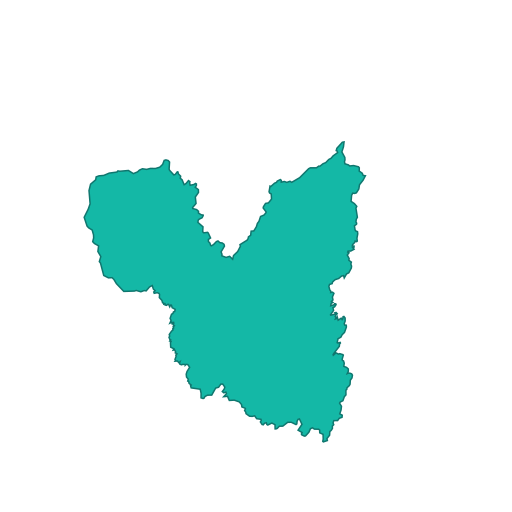 'Maoa-Mafubelu, Leribe, Lesotho (Equal Earth projection), rotated 220°
{"feature_id": "5366337B41194073686106", "entity_name": "'Maoa-Mafubelu", "entity_type": "district", "adm_level": 2, "iso_a3": "LSO", "parent_name": "Lesotho", "parent_adm1": "Leribe", "projection": "equal_earth", "projection_center": [28.202, -28.958], "detail": "fine", "context": "isolated", "style": "filled", "palette": "teal", "viewbox_px": 512, "rotation_deg": 220, "n_neighbors": 0, "source": "geoboundaries", "source_scale": "gbopen_adm2", "svg_char_len": 6142}
<svg xmlns="http://www.w3.org/2000/svg" viewBox="0 0 512 512"><g transform="rotate(220 256 256)"><path d="M429.3,213.9L427.8,211.3L428.9,204.7L426.0,198.8L416.6,189.3L414.6,183.9L412.5,175.2L404.6,170.3L402.2,170.0L398.2,170.6L394.0,167.7L392.0,165.5L390.3,162.0L387.8,161.7L383.1,162.6L380.0,157.8L374.5,155.8L372.4,151.0L370.7,150.7L360.1,143.2L355.0,144.4L352.3,146.9L349.8,146.7L345.2,145.1L334.5,143.9L326.6,151.0L325.6,152.6L321.2,154.6L319.5,157.6L317.7,158.7L317.7,163.8L316.5,166.7L313.4,164.7L311.0,164.6L311.2,162.7L310.0,162.0L308.1,164.4L306.1,165.0L305.1,164.5L303.3,162.0L299.5,161.5L297.5,160.1L296.4,160.5L295.7,159.8L295.0,160.9L294.2,160.0L292.8,160.7L292.5,162.3L291.9,162.8L289.4,161.6L289.9,163.5L289.2,164.0L287.0,162.5L283.6,163.2L282.6,161.2L283.3,160.1L282.7,158.5L283.3,157.1L281.7,153.0L279.6,152.0L278.8,149.2L278.0,151.0L276.9,150.3L276.8,151.9L276.4,152.2L275.6,151.4L275.3,150.1L273.7,150.1L274.0,148.5L272.8,147.9L273.0,146.8L272.1,146.0L272.4,144.1L272.0,140.1L270.6,139.1L270.4,137.8L268.4,136.7L267.6,136.9L267.4,135.4L266.2,136.0L265.8,134.6L262.7,131.3L259.2,132.2L258.9,130.7L258.1,131.8L255.9,130.9L255.6,129.9L253.6,130.3L253.7,128.5L252.8,128.0L251.6,124.7L250.5,124.3L250.4,123.4L248.7,125.0L246.5,124.7L246.2,126.0L245.7,124.6L244.7,124.2L243.1,124.8L242.4,126.0L240.4,127.4L240.0,126.9L239.9,128.1L238.4,129.0L235.3,128.1L234.6,123.2L233.5,120.6L231.4,118.6L228.7,118.1L227.9,116.3L226.9,116.6L225.4,115.4L222.7,115.5L222.8,114.6L220.9,113.3L213.1,118.1L209.9,115.6L206.9,112.0L204.9,112.8L204.4,113.8L204.8,115.5L203.7,118.2L200.5,121.0L202.0,128.9L200.3,131.4L200.6,135.3L199.1,136.5L195.6,135.5L194.8,133.5L194.7,130.5L192.7,130.5L191.6,132.4L190.1,131.6L190.3,127.5L187.6,130.2L183.6,128.2L180.0,131.6L175.0,133.5L171.6,132.9L169.8,131.3L166.5,132.4L165.9,132.2L165.4,130.3L163.4,129.8L162.3,128.8L158.0,129.1L155.8,130.7L154.3,132.7L150.9,131.8L147.2,134.1L146.3,133.5L146.0,131.7L143.0,130.8L141.9,131.4L142.0,133.3L140.9,134.9L139.4,133.9L138.3,134.1L136.5,138.2L133.0,139.0L130.2,135.8L129.6,136.3L128.9,137.6L128.7,140.6L126.1,142.9L124.8,149.0L122.1,151.3L117.0,152.6L116.8,153.6L118.3,155.8L118.8,157.9L118.0,159.1L112.6,156.6L111.8,149.6L107.2,150.4L106.8,148.8L106.0,148.4L103.2,149.1L102.4,150.0L102.2,155.0L103.3,158.7L102.3,160.7L100.0,160.9L96.6,163.6L95.4,163.6L93.5,161.5L90.0,162.5L86.8,158.9L85.7,156.9L84.9,156.9L82.7,160.5L84.3,161.7L84.4,166.0L86.6,169.0L86.3,170.7L86.6,173.0L88.2,174.8L88.0,176.7L89.7,177.7L90.6,179.9L87.7,182.4L87.9,185.2L86.4,187.7L87.6,189.5L90.4,188.9L91.8,192.6L93.9,195.8L97.4,197.0L97.6,198.2L96.4,201.0L97.9,205.0L97.8,207.4L100.9,211.0L100.7,212.1L101.6,213.6L101.2,216.7L101.5,218.2L103.9,221.5L104.1,224.3L105.5,226.7L106.9,227.2L108.3,226.8L109.9,225.8L110.5,224.6L111.2,227.1L112.7,228.8L115.0,228.9L117.8,227.9L119.5,230.6L121.5,231.9L122.7,231.6L123.6,232.2L125.4,236.2L126.1,236.3L129.1,235.0L129.7,233.9L132.5,233.2L133.0,229.7L133.6,230.1L133.8,231.9L134.1,240.3L135.4,242.3L135.4,243.6L136.0,243.9L137.3,242.0L138.1,241.8L140.0,245.3L138.8,248.4L139.4,251.0L139.1,254.4L141.0,259.5L141.8,260.5L142.5,261.0L143.4,260.1L144.9,260.8L145.9,263.5L147.9,265.8L149.8,266.2L150.3,265.5L149.1,263.5L149.1,262.6L150.8,263.1L151.8,259.6L154.7,261.6L154.2,259.7L154.7,258.8L155.2,260.4L156.4,260.5L156.9,262.5L156.7,264.0L158.4,264.2L159.1,263.2L158.2,263.1L158.0,262.4L160.7,258.7L161.1,258.8L161.6,264.2L163.9,265.9L163.1,267.5L163.4,270.2L164.1,270.6L165.1,270.0L164.9,268.7L166.8,265.9L168.0,268.1L167.2,269.8L169.0,269.7L168.8,271.8L171.1,273.7L172.3,277.5L174.1,277.5L175.3,276.0L176.0,277.1L177.6,277.4L180.7,279.6L181.4,281.5L179.9,283.8L180.6,285.0L180.4,287.4L180.1,288.9L178.2,291.9L177.6,295.5L176.3,297.3L174.3,295.9L175.1,300.4L174.1,302.8L175.2,308.0L176.3,309.7L178.2,310.8L179.0,312.6L182.1,312.4L183.0,313.9L186.7,315.4L186.8,318.2L188.2,317.9L188.6,318.9L186.6,320.7L185.2,324.2L187.3,324.6L186.5,325.5L187.2,326.6L188.7,325.6L189.3,326.8L189.1,329.9L189.7,331.1L188.1,331.7L188.0,332.5L190.1,334.5L192.3,338.4L193.9,339.9L195.8,339.3L196.9,339.7L200.0,342.4L199.4,344.9L200.0,345.9L201.3,346.3L202.8,348.6L203.2,350.8L210.2,356.9L210.7,358.8L214.2,359.4L218.3,359.0L221.8,364.0L222.3,366.3L220.7,367.3L219.7,368.9L220.3,373.4L222.5,377.1L222.7,382.9L223.8,387.8L225.7,386.6L227.8,387.7L231.5,387.4L233.6,390.0L234.9,390.2L239.4,388.0L242.1,385.2L243.8,385.2L247.2,383.8L248.9,385.2L249.6,386.8L251.3,388.6L257.1,390.9L259.2,395.9L261.9,400.0L263.0,398.6L263.3,390.5L262.3,388.3L261.3,388.6L259.9,387.7L261.3,382.3L261.3,379.2L262.3,376.7L262.6,372.4L264.0,369.7L264.7,366.0L265.7,365.2L266.4,362.4L271.1,358.4L271.8,356.7L272.9,344.1L276.0,335.4L278.0,335.1L279.7,332.2L282.2,331.3L284.1,328.8L285.2,330.2L286.5,330.2L287.9,327.0L287.6,325.6L288.6,323.7L289.3,318.8L290.2,318.6L287.3,313.6L286.1,313.0L284.2,313.3L280.7,309.6L280.6,304.7L282.5,302.4L282.0,298.6L281.4,297.4L276.7,296.3L276.2,295.6L276.2,292.5L277.9,289.2L276.0,284.4L275.9,281.9L274.5,278.6L273.8,273.8L275.7,271.9L273.4,268.4L274.1,265.8L273.2,264.2L273.0,262.4L275.6,254.4L274.2,253.4L272.9,247.6L273.5,241.9L271.8,238.5L276.0,238.8L278.0,235.7L282.3,234.2L283.2,235.5L285.4,236.7L286.5,243.3L288.0,244.4L290.2,244.3L292.3,243.0L294.8,243.1L295.6,241.6L295.9,237.4L296.7,235.1L297.4,234.9L299.7,236.3L301.8,236.5L303.1,238.1L302.4,240.6L307.3,242.9L308.3,243.0L310.9,240.2L312.4,240.3L315.4,244.3L322.1,244.4L323.3,246.3L323.2,247.6L321.9,250.6L322.4,253.0L322.8,253.4L324.4,252.4L327.7,251.9L328.8,253.3L331.3,253.4L335.0,251.7L335.7,252.3L335.7,257.7L340.4,262.2L340.9,267.7L342.8,269.8L346.7,269.6L347.0,271.7L348.0,272.9L349.0,272.7L349.5,270.9L351.9,267.9L353.8,269.3L354.4,270.5L356.2,270.4L356.2,266.5L356.9,264.4L361.6,266.9L364.0,266.9L365.0,268.7L368.2,269.0L369.8,270.2L370.4,269.9L370.3,266.6L371.0,265.3L377.3,266.1L378.4,266.7L382.6,272.4L384.6,272.7L386.8,271.7L387.8,270.2L386.4,266.2L386.8,262.2L389.2,258.5L393.3,255.1L395.4,252.1L399.1,249.8L400.5,246.9L400.8,244.3L402.9,240.3L408.7,239.5L414.8,233.4L416.5,232.4L416.5,230.9L421.7,225.2L424.4,219.9L427.8,216.5L429.3,213.9Z" fill="#14b8a6" stroke="#0f766e" stroke-width="1.5"/></g></svg>